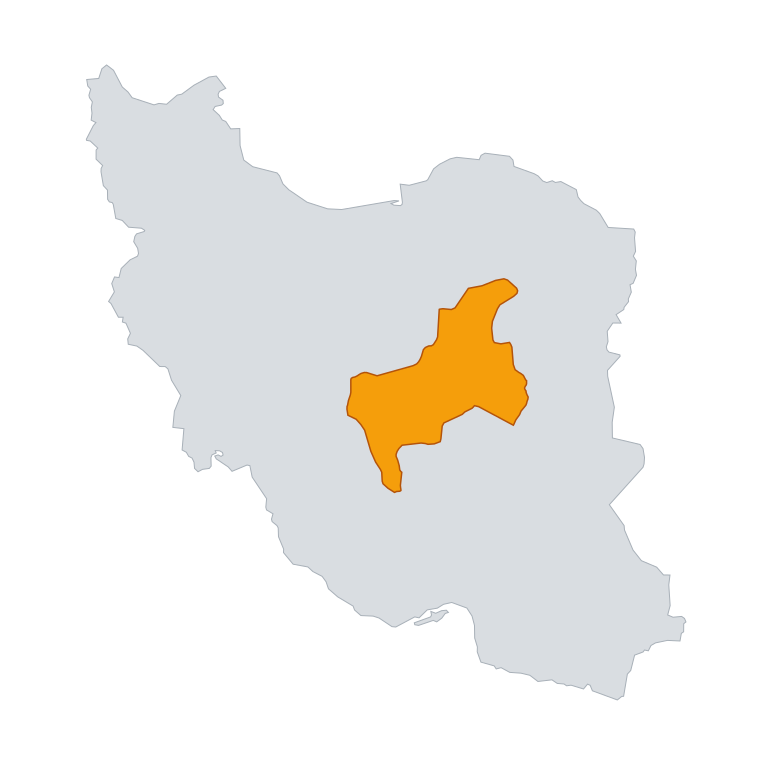 Yazd highlighted on a map of Iran, rotated 4°
{"feature_id": "IRN-3217", "entity_name": "Yazd", "entity_type": "Province", "adm_level": 1, "iso_a3": "IRN", "parent_name": "Iran", "parent_adm1": "", "projection": "natural_earth1", "projection_center": [55.694, 32.497], "detail": "fine", "context": "in_parent", "style": "filled", "palette": "amber", "viewbox_px": 768, "rotation_deg": 4, "n_neighbors": 0, "source": "natural_earth", "source_scale": "10m", "svg_char_len": 5273}
<svg xmlns="http://www.w3.org/2000/svg" viewBox="0 0 768 768"><g transform="rotate(4 384 384)"><path d="M386.2,183.5L395.3,184.0L411.9,178.4L413.4,177.1L418.5,165.9L424.2,160.8L434.2,154.8L440.7,152.8L463.3,153.6L464.9,149.1L468.7,146.7L493.3,148.1L497.0,151.6L498.5,157.9L519.0,163.7L523.2,165.7L528.2,170.4L532.3,171.7L537.7,169.5L540.9,171.0L546.3,169.7L562.3,176.7L564.5,183.9L567.4,187.2L570.9,190.2L583.7,195.8L587.4,199.0L596.7,212.2L622.3,212.0L624.0,214.9L623.7,220.6L625.7,234.2L623.8,239.1L627.1,243.6L626.8,252.1L628.3,258.0L625.5,266.2L622.5,267.8L624.3,275.1L621.8,282.1L622.2,284.8L618.2,290.7L618.0,293.0L610.7,298.6L616.2,306.7L608.0,307.2L603.0,315.8L604.5,326.1L603.2,331.4L604.1,334.4L606.2,336.5L617.3,338.5L617.6,339.9L606.0,354.8L606.6,360.7L615.4,391.1L614.3,406.3L615.6,421.9L643.7,426.5L646.9,430.4L649.0,439.1L649.0,445.6L648.2,449.0L617.2,488.7L633.4,508.5L634.1,512.9L644.0,532.3L653.1,542.3L668.8,547.7L676.1,555.0L682.6,554.6L682.1,564.5L684.9,585.1L683.1,594.6L688.6,596.5L697.1,595.1L700.1,596.9L701.8,600.3L699.7,602.2L700.2,610.3L698.0,612.0L697.2,619.7L684.6,620.0L672.9,623.3L668.6,626.2L666.3,631.7L662.4,631.2L661.2,633.2L652.9,637.0L650.1,652.6L647.0,656.4L644.8,678.8L642.9,679.1L638.8,682.9L613.3,675.5L610.7,670.2L608.0,669.2L604.3,674.3L591.6,671.4L587.2,672.3L584.5,670.7L577.7,670.6L572.2,667.4L558.3,670.0L549.8,664.4L540.8,662.9L529.6,662.9L520.6,658.8L515.8,660.4L513.6,657.5L500.1,654.7L495.7,644.7L495.5,639.8L492.2,631.1L491.1,618.5L488.0,609.3L482.3,601.7L466.8,597.2L458.8,599.6L452.8,603.9L442.9,606.3L435.3,614.8L430.9,614.2L412.7,625.6L408.9,625.5L395.4,617.8L389.4,616.3L377.1,616.6L370.4,611.5L368.7,607.7L352.7,599.6L342.9,592.2L340.0,585.3L335.7,580.2L326.2,576.1L320.8,571.8L305.9,570.1L295.5,559.2L295.4,555.7L289.4,543.7L288.5,534.9L287.1,532.7L282.0,529.1L281.2,526.7L282.3,521.2L275.6,517.8L274.7,515.1L274.9,506.6L259.0,486.1L255.9,474.8L253.0,474.4L238.5,481.7L234.4,477.6L221.9,470.4L220.2,467.7L223.4,466.3L226.5,467.6L228.4,466.1L227.7,463.6L224.6,462.1L220.3,462.2L221.4,464.5L217.4,466.7L216.5,469.5L217.3,478.0L215.6,480.4L208.9,481.8L204.6,484.5L200.9,481.4L199.9,475.2L197.7,471.3L194.2,469.8L191.6,465.9L187.2,463.9L187.5,442.5L176.4,442.0L176.8,425.7L182.1,409.7L171.8,395.1L167.4,384.0L164.6,381.9L159.1,382.2L141.2,367.2L134.8,363.4L126.1,362.2L125.2,356.9L127.5,351.1L123.5,343.5L122.3,341.3L118.7,340.4L119.1,335.6L114.4,335.9L106.0,322.7L103.5,320.9L108.6,310.9L105.4,302.8L107.7,296.0L112.2,296.3L113.8,287.1L122.1,277.8L129.2,273.7L130.0,270.9L128.8,265.8L124.4,259.5L125.2,254.1L126.7,251.5L134.2,248.6L134.6,247.4L131.2,245.5L118.3,245.4L111.5,239.1L104.9,237.6L101.4,223.7L100.3,222.0L97.3,221.5L95.4,219.0L94.6,209.8L90.2,205.7L86.9,192.0L86.8,188.7L88.1,185.7L81.1,179.8L80.5,170.7L82.0,168.6L74.0,162.1L70.3,161.7L70.0,160.6L76.0,146.5L78.4,143.3L73.5,141.2L73.8,134.2L72.7,128.4L73.4,122.9L70.2,118.9L69.5,116.5L70.8,110.4L67.7,107.4L66.2,101.0L78.1,99.1L80.6,89.2L85.0,85.1L92.3,89.9L102.2,106.0L108.3,110.6L112.8,116.0L135.1,121.6L139.9,119.8L147.6,120.1L157.6,110.2L162.0,109.0L173.7,99.1L188.0,90.0L195.2,88.5L205.5,100.1L199.4,103.6L198.3,106.5L198.9,109.3L203.6,112.2L204.1,115.5L202.5,117.1L196.2,118.9L194.4,122.2L201.0,127.5L204.2,131.9L207.8,133.1L213.3,140.2L222.3,139.2L223.8,156.2L228.5,170.4L237.9,176.4L262.6,180.9L265.3,183.7L269.2,191.4L275.5,196.9L294.5,208.0L315.5,213.2L329.6,212.9L381.3,200.3L386.2,200.3L378.4,203.5L381.4,204.9L388.0,204.9L389.5,203.6L389.7,201.5L386.2,183.5ZM461.1,608.6L458.0,613.5L453.2,617.6L449.6,616.4L435.3,622.4L431.5,622.0L430.9,620.1L446.7,613.1L447.5,611.2L446.6,607.6L451.6,609.1L457.3,606.1L462.0,605.3L464.2,607.4L461.1,608.6Z" fill="#d9dde1" stroke="#a8b0b8" stroke-width="1"/><path d="M376.5,376.3L411.7,363.7L415.2,361.7L417.0,359.4L418.3,356.9L419.4,353.8L420.9,347.0L422.7,344.7L426.0,342.9L428.6,342.6L430.5,341.3L433.3,336.2L434.2,333.3L433.9,305.7L434.5,305.4L437.5,304.8L446.0,305.0L449.6,303.1L461.5,282.7L474.9,279.2L488.0,272.9L496.3,270.7L500.0,271.7L509.6,279.2L510.8,281.7L510.3,284.3L507.2,287.5L494.1,296.9L491.9,301.1L487.8,313.9L487.5,320.8L489.6,332.5L491.2,335.0L497.8,335.8L506.3,333.8L507.7,335.7L509.0,338.3L511.6,355.5L513.8,360.6L516.6,362.3L517.4,362.9L519.6,363.9L522.4,365.7L525.1,370.1L526.0,370.7L526.2,373.9L525.9,375.1L525.0,376.6L524.5,378.1L524.7,379.0L525.2,379.9L526.2,381.1L526.3,382.3L527.3,384.6L528.7,386.9L528.6,389.1L527.9,391.4L527.6,393.4L527.0,395.3L522.6,401.5L521.4,405.1L518.0,410.6L516.3,415.3L515.9,416.1L480.0,400.0L475.7,399.3L475.0,400.4L473.5,402.1L466.6,406.2L464.2,408.8L446.5,418.6L445.0,421.9L444.6,434.7L444.1,437.6L438.4,440.2L432.1,441.1L429.4,440.5L425.1,440.3L406.3,443.8L403.4,447.3L401.8,450.3L401.0,453.3L401.1,455.3L403.0,459.1L404.9,464.5L405.7,468.6L406.8,470.0L407.9,470.8L407.4,484.0L407.8,486.3L408.2,488.0L408.3,489.1L407.2,489.9L403.8,490.4L403.5,490.7L402.0,491.4L395.2,487.7L390.0,483.6L389.0,481.1L387.9,472.2L386.4,469.5L381.1,462.5L375.6,452.1L367.9,431.4L363.7,426.0L358.7,421.1L350.2,417.7L348.8,411.7L348.7,408.9L349.1,407.9L349.7,402.9L351.2,397.2L351.5,394.6L350.6,382.0L350.9,380.7L352.2,379.7L354.6,379.0L356.8,377.7L358.3,376.5L360.3,375.1L363.5,373.9L365.9,373.8L376.5,376.3Z" fill="#f59e0b" stroke="#b45309" stroke-width="1.5"/></g></svg>